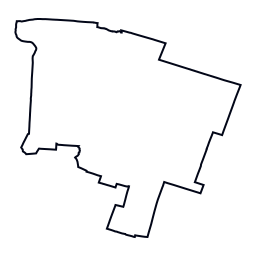 Sadova, Dolj, Romania
{"feature_id": "2599482B91808724077268", "entity_name": "Sadova", "entity_type": "district", "adm_level": 2, "iso_a3": "ROU", "parent_name": "Romania", "parent_adm1": "Dolj", "projection": "natural_earth1", "projection_center": [23.935, 43.87], "detail": "fine", "context": "isolated", "style": "outline", "palette": "ink", "viewbox_px": 256, "rotation_deg": 0, "n_neighbors": 0, "source": "geoboundaries", "source_scale": "gbopen_adm2", "svg_char_len": 5133}
<svg xmlns="http://www.w3.org/2000/svg" viewBox="0 0 256 256"><path d="M144.8,236.8L146.2,236.9L147.1,237.0L147.4,237.0L147.5,237.0L148.7,232.6L151.2,224.1L152.6,218.5L154.5,211.2L155.0,209.4L156.7,203.3L157.9,199.5L162.3,187.5L163.0,185.8L164.2,182.0L167.8,183.2L173.2,184.8L185.3,188.6L200.5,193.3L201.7,190.1L202.9,186.9L203.6,185.0L200.5,184.0L195.3,182.3L194.9,182.2L195.5,180.5L197.9,173.8L199.4,170.0L200.9,166.0L201.0,164.6L201.9,162.2L202.8,159.9L206.8,149.1L206.6,149.0L206.9,148.3L207.2,147.4L207.8,146.0L209.1,142.2L209.6,141.0L210.2,139.4L211.6,136.0L212.8,132.9L213.0,132.3L213.3,132.4L220.9,134.7L222.1,135.1L222.3,134.6L223.7,130.6L228.2,118.4L229.7,114.2L231.2,110.1L232.7,106.0L234.1,102.1L234.3,101.4L236.8,94.8L239.6,87.7L240.6,85.0L233.0,82.7L224.5,80.3L221.0,79.2L218.3,78.3L203.8,73.8L201.6,73.1L179.7,66.2L170.8,63.4L160.9,60.3L159.0,59.7L159.3,58.9L165.6,43.3L154.9,40.0L152.8,39.3L147.5,37.8L137.8,35.0L132.4,33.4L131.3,33.0L130.7,32.8L129.8,32.7L128.0,32.2L122.6,30.7L121.4,30.4L121.5,30.8L121.6,31.1L121.7,31.3L121.7,31.6L121.7,31.9L121.7,32.5L121.0,32.5L120.5,31.6L120.4,31.4L120.2,31.4L119.8,31.3L119.6,31.3L119.4,31.2L119.2,31.3L118.9,31.4L118.6,31.4L118.5,31.5L118.2,31.4L117.6,31.4L117.5,31.5L117.4,31.5L117.2,31.8L116.9,32.0L116.7,32.2L116.4,32.2L116.1,32.0L115.9,32.0L115.7,31.9L115.3,31.7L115.2,31.7L114.9,31.6L114.7,31.5L114.2,31.5L113.9,31.4L113.7,31.4L113.2,31.5L112.8,31.4L112.6,31.4L112.5,31.5L112.4,31.5L112.2,31.4L111.7,31.3L111.7,31.2L111.4,31.2L110.8,31.1L109.1,30.5L108.8,30.4L108.5,30.3L108.3,30.2L108.0,29.9L107.8,29.8L107.4,29.5L107.0,29.4L106.8,29.3L106.2,28.9L105.9,28.8L105.7,28.7L105.5,28.8L105.4,28.7L105.2,28.7L104.9,28.6L104.7,28.5L104.4,28.5L104.1,28.4L103.9,28.2L103.7,28.3L103.4,28.3L103.1,28.4L102.5,28.2L102.0,28.2L101.8,28.1L101.6,28.1L101.3,28.2L101.2,28.2L100.4,28.0L100.0,27.8L99.2,27.6L98.7,27.4L98.0,27.2L97.3,27.1L97.4,25.6L97.4,24.3L97.6,23.1L96.6,23.0L95.4,22.8L94.8,22.7L94.4,22.6L93.9,22.6L93.4,22.6L93.2,22.5L93.2,22.4L87.1,22.1L82.5,21.8L77.7,21.4L73.7,20.8L68.9,20.5L57.4,19.8L53.0,19.6L46.9,19.2L44.7,19.1L42.2,19.1L40.1,19.0L37.9,19.0L37.7,19.0L37.2,19.0L36.3,19.1L35.7,19.1L34.2,19.3L32.9,19.6L29.5,19.9L27.8,20.3L26.7,20.5L25.8,20.8L24.5,21.0L22.6,21.3L21.9,21.5L21.2,21.4L20.6,21.2L19.6,21.1L17.8,21.2L16.8,21.2L16.7,22.2L16.6,22.6L16.5,22.8L16.4,22.9L16.1,24.5L16.1,27.2L16.1,27.4L16.1,27.5L15.9,28.1L15.8,28.5L15.7,28.8L15.6,29.3L15.6,29.5L15.7,30.4L15.7,30.5L15.4,32.1L15.8,33.9L16.1,34.5L16.3,35.0L16.5,35.3L16.6,36.4L16.9,37.1L17.7,38.1L21.3,40.7L22.7,41.1L24.4,41.4L25.7,41.6L26.7,41.7L27.1,41.8L28.7,41.9L29.8,41.9L30.8,42.1L31.7,42.4L32.5,43.0L33.0,43.4L35.1,46.0L35.5,46.6L36.2,47.8L36.3,48.4L36.3,48.7L36.1,49.8L35.9,50.3L35.6,50.7L35.5,50.8L35.2,51.6L34.9,52.3L34.6,53.1L33.8,54.5L33.4,55.2L33.3,55.5L32.8,56.1L32.6,58.4L32.8,62.8L32.3,71.2L31.8,78.6L31.6,87.4L31.4,89.8L31.3,92.5L31.2,93.7L31.2,95.3L30.9,97.7L30.8,98.8L30.9,100.2L30.7,102.9L30.5,105.7L30.3,108.9L30.2,111.1L30.0,114.4L30.0,115.1L29.7,120.5L29.6,121.7L29.5,123.5L29.4,126.3L29.3,128.0L29.1,131.6L29.0,133.8L28.4,134.0L27.9,134.1L27.7,134.4L27.2,135.5L26.6,136.6L25.7,138.4L24.8,140.2L23.9,141.9L23.3,143.1L22.5,144.9L21.4,147.1L21.2,147.4L21.9,148.6L22.4,149.2L22.5,149.2L22.6,149.3L22.7,149.5L22.8,150.2L22.8,151.1L22.9,151.3L23.0,151.5L24.2,152.2L25.1,152.9L25.5,153.3L25.8,153.6L26.2,154.2L27.6,154.1L32.8,153.7L36.1,153.4L37.0,151.7L37.8,150.5L38.9,148.7L39.0,148.6L40.9,148.8L42.7,148.9L50.0,149.3L54.5,149.6L56.0,149.7L56.1,149.0L56.4,143.6L56.8,143.7L57.4,144.2L58.0,144.7L58.7,144.8L60.7,144.9L64.2,145.2L68.9,145.5L72.0,145.7L75.7,145.9L78.6,146.1L78.4,146.4L78.3,146.6L78.2,146.9L78.3,147.1L78.4,147.3L78.6,147.5L79.1,147.8L79.3,148.0L79.5,148.3L79.7,148.7L79.7,148.9L79.6,149.2L79.5,149.5L79.6,149.8L79.8,150.3L79.9,150.8L79.7,151.2L79.4,151.6L79.4,151.9L79.4,152.4L79.1,152.5L78.7,152.8L78.7,153.2L78.7,153.6L78.6,153.8L78.8,154.2L78.5,154.6L78.2,155.1L77.8,155.6L77.3,156.0L76.6,156.4L76.0,156.8L75.5,157.1L75.1,157.6L75.9,158.4L76.7,159.6L77.5,161.8L78.1,165.6L78.2,167.0L81.1,168.2L83.9,169.5L85.6,170.3L86.6,170.8L86.5,171.7L89.7,172.6L93.2,173.7L97.7,175.3L100.2,176.0L101.0,176.2L100.5,177.8L99.9,179.4L98.9,182.3L98.8,182.6L100.5,183.1L102.2,183.5L102.6,183.7L104.5,184.2L106.1,184.7L107.8,185.2L109.3,185.6L111.2,186.2L115.5,187.5L115.8,186.5L116.7,183.9L119.0,184.4L125.0,186.1L126.9,186.5L127.2,186.5L127.5,186.5L127.8,186.4L128.1,186.3L128.3,186.2L128.6,186.2L129.0,186.3L128.8,187.2L128.3,188.9L127.5,191.2L126.4,195.2L125.3,199.6L123.7,205.6L123.3,206.8L120.7,206.2L115.5,205.0L115.2,206.0L113.2,211.3L111.7,215.3L109.8,220.5L109.2,222.3L108.7,223.7L107.9,226.0L106.9,228.7L109.9,229.6L111.2,230.0L113.0,230.6L113.3,230.7L113.5,230.8L113.9,230.9L115.0,231.4L115.3,231.4L115.6,231.5L116.0,231.5L116.3,231.6L117.2,231.8L117.8,232.1L118.5,232.3L119.5,232.6L122.3,233.5L122.6,233.5L124.5,233.9L125.1,234.0L125.3,234.0L125.5,234.3L125.7,234.5L126.1,234.7L126.7,234.9L128.3,235.3L129.6,235.6L131.9,236.2L134.0,236.9L134.8,237.0L135.2,235.3L136.0,235.5L137.9,235.8L139.9,236.1L141.8,236.4L144.8,236.8Z" fill="none" stroke="#020617" stroke-width="2"/></svg>